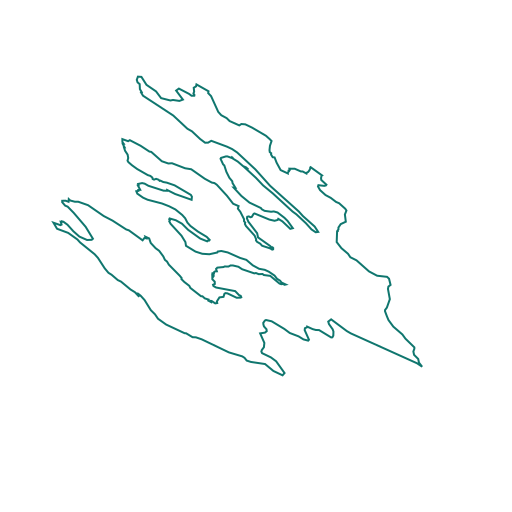 the district of Torsken nor, Troms, Norway, rotated 35°
{"feature_id": "86288312B75737452629522", "entity_name": "Torsken nor", "entity_type": "district", "adm_level": 2, "iso_a3": "NOR", "parent_name": "Norway", "parent_adm1": "Troms", "projection": "natural_earth1", "projection_center": [17.149, 69.294], "detail": "fine", "context": "isolated", "style": "outline", "palette": "teal", "viewbox_px": 512, "rotation_deg": 35, "n_neighbors": 0, "source": "geoboundaries", "source_scale": "gbopen_adm2", "svg_char_len": 6111}
<svg xmlns="http://www.w3.org/2000/svg" viewBox="0 0 512 512"><g transform="rotate(35 256 256)"><path d="M455.6,251.4L450.7,249.9L447.9,247.3L442.2,246.3L439.7,244.0L438.9,241.1L438.1,240.0L425.8,238.0L420.9,236.3L409.0,235.1L401.3,232.5L397.8,230.3L393.3,227.2L392.7,226.2L392.8,223.2L390.4,214.6L383.0,207.3L382.0,205.1L382.8,202.5L378.0,198.3L375.3,197.9L366.5,202.7L357.4,203.8L340.8,201.9L334.0,202.9L330.1,201.4L321.5,200.6L314.1,198.3L308.3,189.3L308.7,188.7L308.2,188.2L308.3,187.0L307.2,185.4L307.1,181.3L309.9,176.4L305.0,171.0L304.0,166.9L302.0,166.1L293.8,165.1L290.6,165.8L283.9,165.5L278.0,166.2L270.7,165.3L266.9,163.5L266.5,162.2L271.7,159.4L272.8,158.1L272.8,157.2L265.9,156.3L264.6,154.9L263.6,152.5L263.8,152.1L248.9,151.9L250.1,152.4L250.6,155.4L250.5,157.3L249.8,158.6L250.1,159.5L245.7,160.0L244.3,161.0L237.7,162.3L233.3,165.3L234.3,166.1L233.7,167.2L234.4,167.6L234.2,169.5L234.7,170.1L226.9,171.5L219.3,167.7L214.7,164.6L213.0,165.5L210.2,164.3L209.5,163.1L207.7,163.0L206.3,161.5L204.2,157.7L202.8,152.9L200.2,152.4L195.2,151.8L179.1,153.1L171.7,154.3L168.3,156.3L167.4,158.6L157.0,160.6L152.9,159.9L146.8,160.6L142.4,159.6L127.5,150.8L123.4,150.0L122.6,148.3L108.8,149.6L109.6,151.4L108.5,153.9L111.1,156.9L111.5,158.7L113.2,159.4L113.5,160.1L111.3,161.7L108.2,161.6L96.8,163.1L95.7,166.3L106.4,169.8L104.3,172.9L98.5,175.8L96.7,177.7L87.7,181.1L79.7,178.5L68.1,178.6L59.4,175.0L56.4,176.8L57.3,180.1L59.4,181.7L62.1,181.9L65.2,185.9L68.5,187.4L68.1,188.0L71.5,189.5L107.7,188.4L126.8,191.1L132.0,190.6L143.1,192.2L149.3,192.4L151.7,190.7L153.3,187.3L169.4,183.1L175.1,182.1L181.2,182.0L205.7,185.4L227.2,190.4L265.5,195.0L271.6,196.4L287.1,198.2L293.1,200.6L291.3,202.3L286.2,202.4L278.0,200.5L265.2,198.7L260.4,198.6L234.0,195.1L221.3,194.1L211.1,192.0L195.3,189.9L197.0,189.2L200.2,189.5L197.0,189.1L193.9,189.8L186.9,189.1L180.2,189.5L180.2,188.9L179.7,188.9L179.9,189.6L175.5,190.8L174.2,191.7L171.1,195.7L171.2,196.7L176.5,199.8L178.1,200.0L183.4,204.0L189.3,207.2L193.7,208.4L194.9,209.7L200.0,211.9L198.5,212.8L209.6,215.2L220.0,216.0L232.5,213.9L233.9,214.4L237.1,214.1L243.0,211.1L245.0,209.3L248.7,208.0L257.4,208.4L261.9,209.2L270.2,212.1L268.5,214.1L257.8,212.5L252.9,212.8L253.1,214.0L251.0,216.5L246.1,218.5L230.4,222.0L229.9,222.8L230.1,226.4L229.3,227.4L227.4,227.7L226.3,228.9L227.0,230.4L230.1,232.3L243.9,236.7L247.0,239.6L262.1,239.7L262.9,240.2L264.5,239.4L265.5,239.6L266.2,240.7L265.6,241.5L263.4,241.6L255.1,244.1L252.4,243.5L248.7,243.8L247.0,243.2L246.5,242.2L243.2,240.1L230.6,237.2L228.5,236.1L228.0,234.8L226.3,234.4L225.1,232.7L217.8,228.8L214.0,227.6L213.1,225.1L207.3,226.3L197.6,223.3L183.0,220.1L180.1,220.1L177.7,221.2L169.8,222.1L153.2,222.1L147.6,224.8L134.0,228.2L131.1,230.5L124.5,232.4L110.5,230.8L108.8,231.6L98.2,231.9L86.2,233.5L85.4,235.3L79.5,236.9L81.2,239.3L83.4,240.0L82.7,240.7L86.1,242.4L85.6,242.8L88.4,244.9L92.7,246.6L95.1,249.0L96.1,251.6L97.6,252.3L102.3,252.8L108.8,252.9L121.0,251.8L123.5,251.0L126.1,251.2L127.2,252.2L128.7,251.9L129.9,250.1L132.4,249.4L134.0,249.7L134.4,249.1L137.6,248.6L140.8,247.1L148.8,244.8L167.6,243.3L169.5,244.2L171.0,246.9L154.2,251.6L145.3,252.9L145.7,253.6L142.8,255.5L127.6,260.2L123.3,260.6L120.9,261.6L118.1,264.6L119.3,265.5L118.8,266.0L123.2,268.2L121.7,269.5L122.3,270.1L120.8,271.6L123.0,273.0L130.0,273.0L134.9,272.1L148.9,266.9L156.3,265.1L163.3,264.1L172.0,264.7L176.3,265.7L180.7,268.0L185.0,269.0L194.4,269.3L204.6,268.6L208.8,269.4L208.8,270.2L207.8,271.0L207.6,272.0L200.3,273.7L185.4,273.5L176.9,272.0L169.8,272.7L163.7,274.8L163.8,275.6L164.9,275.8L165.0,277.3L167.5,278.6L183.3,282.1L190.2,285.1L192.8,287.8L203.9,287.1L210.7,285.0L216.8,281.3L222.3,275.3L222.1,274.3L224.7,271.8L230.8,269.3L244.1,266.7L250.3,264.7L258.7,265.5L265.9,264.7L271.1,262.3L275.5,261.5L282.4,261.4L286.3,262.6L289.9,262.4L292.1,263.1L296.7,262.3L295.9,263.2L294.2,263.4L292.9,264.6L291.0,265.1L279.1,264.1L273.3,267.1L271.7,267.0L268.7,269.3L265.7,270.0L264.6,271.2L252.2,274.8L247.8,274.9L242.5,277.0L240.6,278.3L239.5,280.4L236.3,282.6L235.7,283.7L231.0,287.7L230.7,289.5L232.7,291.0L231.3,292.1L230.9,293.1L231.4,294.1L230.2,295.1L230.8,296.3L233.1,295.7L231.9,296.6L232.1,297.1L233.7,297.4L231.8,297.6L233.6,300.1L236.9,300.7L238.3,302.5L237.3,304.2L238.4,305.0L241.4,304.7L259.1,296.7L264.6,297.8L266.3,297.4L267.6,298.2L267.3,298.9L264.1,301.3L254.0,303.0L252.3,303.9L251.8,305.0L252.8,308.1L249.8,310.9L250.0,315.7L251.2,316.8L249.8,318.2L245.4,318.3L244.9,318.6L245.6,319.5L242.5,319.9L242.2,318.9L238.3,320.1L235.3,319.7L234.0,320.5L220.5,319.8L218.5,318.7L212.2,318.4L208.2,317.7L207.7,316.7L204.8,315.9L189.6,313.1L186.3,311.6L183.6,311.4L180.3,309.5L173.7,307.3L169.3,307.2L162.3,305.7L158.4,302.9L154.5,303.6L155.9,304.5L154.3,305.1L154.1,308.2L137.1,307.9L134.5,308.7L118.2,309.3L108.3,310.6L89.3,310.7L79.3,313.5L76.6,315.4L72.0,317.1L70.0,316.8L71.3,319.1L68.4,319.9L65.6,321.9L66.4,323.1L70.8,324.2L73.4,323.6L81.9,325.2L99.7,329.8L112.5,335.4L112.1,337.0L108.4,339.8L100.2,341.4L92.2,340.5L83.6,338.5L78.6,338.4L77.0,339.0L77.3,339.6L76.4,340.0L78.7,341.8L78.1,342.9L71.0,344.9L77.4,347.8L88.9,344.8L100.2,344.9L104.1,345.8L122.8,347.1L127.6,348.2L139.2,352.9L144.8,354.4L148.4,354.2L156.6,355.0L160.1,354.4L172.4,355.4L177.6,355.1L182.2,356.1L183.8,356.3L179.9,355.0L180.9,354.5L184.3,354.7L190.0,356.0L200.9,360.7L206.7,361.7L211.7,363.6L221.7,363.7L241.8,360.2L243.1,359.4L250.6,358.9L253.4,357.1L259.3,355.4L289.1,350.5L302.3,346.1L305.0,346.0L308.4,347.0L312.6,345.7L325.4,339.3L336.2,340.2L346.2,338.5L346.5,335.5L332.9,330.7L326.4,330.5L316.7,332.1L315.2,331.2L314.7,329.7L314.8,326.2L312.7,322.4L303.8,317.0L307.3,313.6L307.9,311.4L306.6,310.0L302.9,309.1L301.4,307.9L300.3,306.6L300.3,303.8L300.9,302.7L306.3,300.5L321.0,299.5L327.8,299.7L337.0,297.4L342.7,297.1L347.3,295.4L347.4,294.2L338.4,288.8L337.5,287.1L338.7,285.1L338.4,284.5L344.3,283.4L347.4,282.3L350.2,280.5L364.3,279.6L365.2,278.8L365.0,276.9L362.8,273.5L360.9,272.1L354.8,269.9L352.8,268.3L353.9,264.8L373.5,265.4L378.1,265.0L449.5,251.5L455.6,251.4Z" fill="none" stroke="#0f766e" stroke-width="2"/></g></svg>